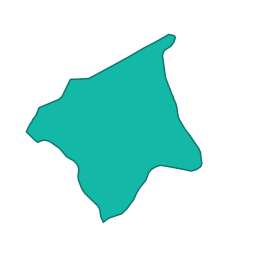 the district of San Antonio Ilotenango, Quiché, Guatemala, rotated 58°
{"feature_id": "79465075B34214096561703", "entity_name": "San Antonio Ilotenango", "entity_type": "district", "adm_level": 2, "iso_a3": "GTM", "parent_name": "Guatemala", "parent_adm1": "Quiché", "projection": "orthographic", "projection_center": [-91.208, 15.056], "detail": "fine", "context": "isolated", "style": "filled", "palette": "teal", "viewbox_px": 256, "rotation_deg": 58, "n_neighbors": 0, "source": "geoboundaries", "source_scale": "gbopen_adm2", "svg_char_len": 1150}
<svg xmlns="http://www.w3.org/2000/svg" viewBox="0 0 256 256"><g transform="rotate(58 128 128)"><path d="M194.8,198.8L194.2,192.2L197.4,178.6L195.9,171.8L191.8,161.3L188.2,155.9L186.6,153.0L185.0,149.7L181.7,140.5L176.9,134.2L175.5,130.2L175.7,124.2L176.9,120.2L179.6,117.0L183.0,113.2L184.9,111.1L193.3,102.0L196.8,98.6L198.2,96.6L199.5,92.1L199.3,87.1L198.8,85.9L197.0,84.1L193.2,82.4L187.0,79.5L183.0,78.9L166.9,79.5L158.9,80.3L147.8,80.0L144.0,79.1L136.1,75.6L132.1,74.4L127.4,73.9L125.0,73.0L122.5,73.0L118.6,72.1L105.5,69.6L85.1,60.5L83.4,59.0L81.5,56.1L81.3,48.2L79.3,43.3L76.4,39.9L74.5,39.8L73.3,40.8L70.3,43.8L69.6,59.9L68.6,71.8L67.9,93.6L65.3,134.9L59.0,146.5L56.7,150.2L56.5,151.5L66.6,167.6L66.8,169.6L67.1,171.7L63.7,192.7L68.8,199.7L70.3,204.1L72.2,206.9L72.3,208.2L75.8,213.9L77.4,216.2L90.0,213.2L92.5,211.8L92.6,209.8L93.5,206.0L96.5,202.6L99.3,200.9L109.4,196.7L119.6,195.3L124.9,192.6L126.7,191.4L128.8,191.1L130.9,190.5L132.4,190.5L134.5,190.7L136.2,191.4L138.0,192.4L142.3,195.9L145.6,197.5L155.0,199.4L160.4,199.2L178.4,194.8L182.2,195.1L188.9,198.1L194.8,198.8Z" fill="#14b8a6" stroke="#0f766e" stroke-width="1.5"/></g></svg>